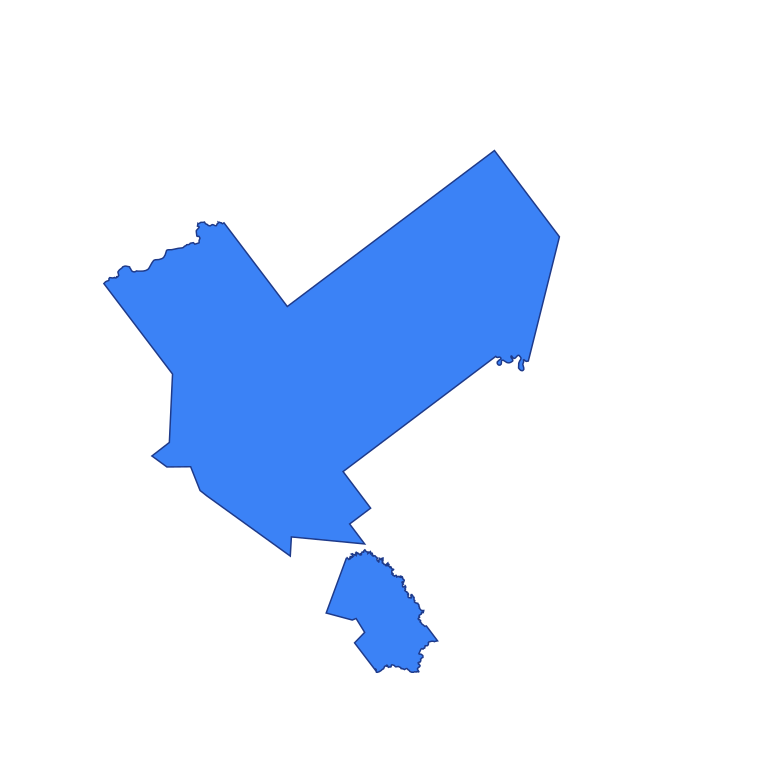 outline of Ambunti/Drekikier District, East Sepik, Papua New Guinea, rotated 143°
{"feature_id": "67681753B88786401502909", "entity_name": "Ambunti/Drekikier District", "entity_type": "district", "adm_level": 2, "iso_a3": "PNG", "parent_name": "Papua New Guinea", "parent_adm1": "East Sepik", "projection": "natural_earth1", "projection_center": [142.509, -4.218], "detail": "fine", "context": "isolated", "style": "filled", "palette": "blue", "viewbox_px": 768, "rotation_deg": 143, "n_neighbors": 0, "source": "geoboundaries", "source_scale": "gbopen_adm2", "svg_char_len": 6148}
<svg xmlns="http://www.w3.org/2000/svg" viewBox="0 0 768 768"><g transform="rotate(143 384 384)"><path d="M495.7,267.9L495.7,292.9L469.4,292.9L469.4,338.7L278.1,338.8L278.0,337.7L277.7,337.3L277.2,336.7L275.8,336.2L275.2,335.6L275.0,334.5L275.3,333.9L275.7,333.7L278.0,333.8L280.4,333.4L281.2,332.2L281.3,331.0L281.0,330.1L280.5,329.6L279.8,329.2L278.3,329.4L276.2,331.8L275.5,332.0L274.5,331.3L273.0,327.3L272.1,326.2L270.9,325.4L269.5,325.0L267.5,324.9L267.1,325.1L266.6,326.0L266.6,328.4L266.2,329.4L265.5,329.8L265.2,329.5L265.3,327.5L264.8,326.2L264.1,325.8L263.0,325.8L261.2,326.2L259.6,326.2L258.9,325.5L258.8,323.0L259.0,322.2L260.0,321.4L261.9,320.7L263.9,319.5L266.9,315.8L266.9,314.1L266.6,312.6L266.0,311.8L265.4,311.3L264.7,311.2L263.6,311.5L262.7,312.7L261.3,316.2L259.1,317.7L258.1,319.3L257.6,319.2L257.1,317.1L256.6,316.3L254.9,315.5L155.3,396.0L155.3,504.0L414.6,504.1L414.8,609.0L416.5,609.2L416.8,609.7L416.9,610.7L417.5,611.1L418.0,612.2L418.7,612.4L419.0,613.1L419.3,612.5L419.6,612.3L420.9,612.3L422.4,611.4L422.8,611.4L423.7,612.2L424.3,613.6L425.3,614.7L427.6,614.9L428.0,615.2L429.0,616.4L429.0,617.6L429.7,618.4L429.7,618.8L430.1,619.6L429.9,621.4L431.1,621.9L432.9,623.3L435.5,623.6L435.9,623.8L436.0,624.2L438.0,622.3L437.1,621.1L437.5,620.3L441.5,619.5L442.2,618.7L444.4,614.9L444.3,614.3L443.0,613.4L443.0,612.0L443.3,611.1L445.3,609.9L446.6,608.1L447.0,608.1L450.9,609.5L451.2,611.6L454.0,613.0L455.1,612.7L455.9,612.8L457.8,614.0L458.9,613.7L460.5,614.1L462.1,613.8L463.3,614.2L466.7,616.2L472.7,619.0L475.5,621.0L476.5,621.5L477.3,621.5L481.1,618.8L483.8,617.7L485.6,617.7L488.8,618.8L492.0,620.9L493.6,621.3L496.5,620.4L501.6,618.1L503.5,617.6L505.9,618.0L508.3,619.1L509.9,620.2L512.7,622.3L513.5,623.2L515.4,623.5L516.4,624.2L517.3,625.5L517.3,627.2L517.0,628.8L517.1,629.3L516.7,630.7L519.0,633.3L519.8,634.0L520.8,634.4L522.3,634.8L523.2,634.4L526.5,634.4L528.7,633.8L529.2,633.5L530.5,630.4L531.4,630.0L532.2,629.9L532.6,630.5L532.9,630.6L533.2,630.0L534.1,630.0L535.0,630.6L535.0,631.2L536.7,631.8L539.0,634.0L540.1,633.8L540.6,633.1L541.6,632.3L543.6,633.0L545.0,633.2L547.3,632.8L546.9,519.2L590.6,466.5L612.7,466.2L607.3,448.4L588.2,434.3L595.0,409.6L592.8,401.2L562.4,303.0L550.0,317.6L495.7,267.9ZM495.8,146.6L495.8,165.3L497.3,166.0L497.6,167.8L498.2,169.5L498.0,170.5L498.4,172.2L498.2,172.5L497.4,172.6L497.2,173.0L497.4,174.4L498.1,174.8L498.1,175.8L497.7,176.2L496.2,176.2L496.3,176.8L495.9,177.4L495.4,177.3L495.0,178.1L492.7,177.8L492.3,178.0L491.7,178.8L491.4,178.8L491.0,178.3L490.2,177.8L490.1,178.0L490.2,178.4L489.9,178.7L488.8,178.8L488.6,179.2L489.5,179.3L489.5,179.9L490.4,180.4L490.7,183.7L490.0,184.3L489.9,185.5L489.1,186.4L489.2,187.5L489.0,188.6L489.7,189.0L489.8,189.5L490.5,190.2L490.9,191.6L489.7,192.6L490.0,193.2L489.9,193.6L488.4,195.5L488.9,196.0L488.5,197.2L488.5,199.1L489.0,199.4L489.2,198.8L489.5,198.6L490.1,198.7L490.1,198.0L491.0,196.8L491.3,196.9L492.0,197.9L492.6,198.1L493.0,199.3L492.1,200.6L491.6,200.8L491.7,201.4L491.1,201.3L490.8,201.8L490.7,202.7L491.2,203.7L490.8,204.3L491.4,205.1L491.7,206.5L490.6,206.9L490.4,208.0L490.1,208.3L489.3,208.2L488.5,209.4L488.5,210.1L489.5,209.9L490.7,210.2L491.1,210.7L491.1,211.0L490.1,212.5L489.0,212.5L489.2,213.8L489.1,214.6L488.8,214.9L488.4,215.0L488.0,214.7L487.7,213.9L486.1,214.9L485.9,215.2L485.9,216.2L486.2,216.6L486.2,217.1L485.8,217.9L486.3,218.9L486.1,219.0L485.5,218.7L485.4,219.0L486.3,220.6L486.6,220.7L487.3,219.9L487.6,220.3L488.0,221.5L489.0,221.7L489.3,222.4L489.9,222.4L489.4,223.3L489.5,224.0L491.3,224.2L491.3,224.8L492.0,225.7L491.0,226.9L491.4,227.2L491.9,227.3L492.1,227.6L491.1,228.0L491.2,228.8L490.2,230.2L489.9,230.4L489.2,229.9L488.0,230.0L487.9,230.3L488.7,231.2L488.9,231.9L488.5,233.8L488.6,234.1L488.9,234.1L489.4,233.4L489.6,233.6L489.6,235.5L490.4,236.6L489.9,237.5L489.2,236.4L488.6,236.8L488.6,237.2L489.0,237.8L488.6,238.8L490.5,238.6L490.9,237.5L491.7,237.5L491.9,237.8L491.8,238.9L492.2,239.6L492.5,239.7L492.6,240.2L492.3,240.7L492.3,241.4L492.9,241.8L493.0,242.2L492.0,243.3L491.3,243.3L491.1,243.6L491.8,244.2L491.5,244.6L490.6,244.3L489.5,245.6L490.3,246.0L492.4,246.0L492.3,247.4L492.7,247.8L493.2,246.7L494.1,246.5L495.0,245.0L495.4,245.1L495.4,245.6L495.0,246.3L495.4,246.3L495.7,246.7L495.5,247.6L495.1,248.4L494.4,248.6L494.1,249.1L494.1,250.0L494.5,250.5L494.5,252.0L495.1,252.5L495.4,253.2L496.2,253.0L496.7,254.2L495.7,255.0L495.3,255.7L495.3,256.1L495.9,256.5L496.5,256.0L496.9,256.2L496.8,256.9L495.9,257.6L495.7,258.4L498.8,258.4L497.8,259.4L498.8,260.3L499.3,262.4L499.0,262.6L499.1,263.1L500.4,263.0L501.5,262.0L502.5,263.0L504.0,262.3L504.7,262.6L505.1,262.3L504.9,261.3L505.5,261.4L506.2,262.3L506.1,262.8L506.3,264.0L507.1,265.6L507.4,264.6L507.8,265.1L507.6,266.2L508.4,266.1L508.6,265.0L509.4,263.9L509.7,264.9L511.3,266.6L511.4,267.5L512.4,267.8L512.0,266.7L513.0,265.5L512.2,264.9L513.4,264.7L513.6,265.4L514.8,266.5L515.8,265.8L515.1,264.9L516.7,264.7L516.9,265.3L517.7,265.1L518.0,267.4L518.6,267.1L519.1,267.4L568.0,235.9L551.4,214.6L547.4,213.5L548.9,197.3L563.3,195.0L563.1,161.1L562.6,161.9L562.3,161.7L562.1,160.6L563.3,159.1L563.5,158.4L562.9,157.8L561.0,157.1L558.8,156.9L556.9,157.1L555.8,156.8L553.6,158.0L552.4,158.0L551.9,157.2L550.9,157.7L550.6,157.1L551.1,156.0L550.8,154.9L549.8,154.7L548.9,153.9L548.4,154.0L547.4,155.0L546.6,155.0L545.2,153.1L545.1,151.7L544.8,151.0L542.6,149.8L541.3,147.4L541.7,146.5L540.6,145.3L540.3,145.3L539.5,143.6L537.6,143.4L536.9,142.9L536.7,141.1L536.3,140.4L536.3,138.8L535.5,137.3L533.9,136.0L532.6,135.7L531.7,134.6L531.1,134.7L529.6,133.2L529.2,133.4L529.0,135.8L528.6,136.5L526.6,137.0L526.1,136.7L524.8,137.2L524.6,138.1L525.0,139.7L524.5,140.6L524.1,140.1L523.1,140.8L522.2,140.2L521.1,140.9L520.4,142.2L520.1,142.1L518.4,142.5L517.5,142.2L516.5,143.5L516.5,144.2L517.0,145.9L517.3,146.3L518.0,146.6L518.5,147.6L514.1,150.0L513.0,149.9L512.4,148.8L511.4,149.1L510.5,148.6L509.1,149.7L508.9,150.1L508.3,150.0L507.1,149.0L506.3,148.9L505.1,149.5L504.7,149.9L504.5,150.6L503.5,151.0L500.8,149.9L499.5,148.9L498.7,147.8L498.0,147.7L495.8,146.6Z" fill="#3b82f6" stroke="#1e3a8a" stroke-width="1.5"/></g></svg>